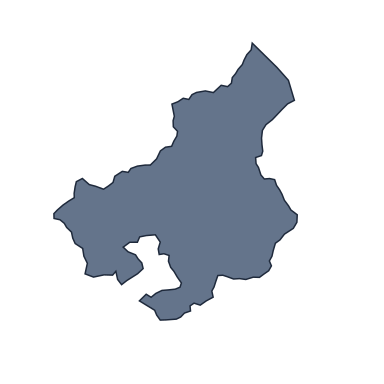 Araçariguama, São Paulo, Brazil, rotated 244°
{"feature_id": "56859067B60900165945810", "entity_name": "Araçariguama", "entity_type": "district", "adm_level": 2, "iso_a3": "BRA", "parent_name": "Brazil", "parent_adm1": "São Paulo", "projection": "mercator", "projection_center": [-47.076, -23.434], "detail": "fine", "context": "isolated", "style": "filled", "palette": "slate", "viewbox_px": 384, "rotation_deg": 244, "n_neighbors": 0, "source": "geoboundaries", "source_scale": "gbopen_adm2", "svg_char_len": 2074}
<svg xmlns="http://www.w3.org/2000/svg" viewBox="0 0 384 384"><g transform="rotate(244 192 192)"><path d="M233.1,58.4L228.7,56.4L224.9,61.2L219.8,63.5L215.1,63.8L208.8,66.1L202.8,64.6L196.9,64.4L189.2,69.0L181.7,66.7L173.8,66.7L165.3,60.0L158.7,66.2L156.1,76.6L152.1,84.2L154.1,88.8L146.0,86.8L139.6,88.1L141.0,94.7L142.4,107.3L144.6,114.5L150.3,115.8L155.6,114.2L160.3,113.7L166.3,108.3L172.6,106.0L174.1,114.0L170.8,120.9L174.6,125.3L172.9,131.8L169.6,140.3L160.9,141.5L155.7,136.7L150.2,135.1L148.8,139.7L145.0,143.6L140.1,140.5L133.6,139.8L128.5,141.0L121.9,141.5L114.9,142.6L111.7,139.5L112.0,134.4L114.3,128.0L116.7,121.9L116.7,115.0L115.3,109.1L120.2,106.0L117.2,97.0L102.1,106.6L96.8,106.3L90.8,107.3L88.4,112.7L84.6,122.2L84.6,127.1L86.5,132.1L85.7,138.5L90.5,140.3L91.2,145.1L86.7,149.8L87.9,157.2L88.2,164.9L94.3,166.4L96.9,170.1L101.2,174.2L105.6,178.6L103.7,183.2L100.4,186.6L95.6,191.2L93.3,196.8L89.8,202.0L88.6,209.7L85.7,215.2L86.7,220.5L87.6,226.4L90.8,231.0L96.1,231.3L99.2,235.7L103.7,239.3L109.4,244.5L110.4,250.1L113.6,256.6L114.9,267.1L118.8,273.0L125.4,276.6L132.5,273.0L137.2,272.7L144.1,271.4L150.5,271.9L155.6,271.7L160.9,270.9L166.9,271.7L170.1,267.6L172.0,262.7L177.1,261.4L184.9,262.5L189.4,262.0L195.1,264.3L194.3,270.4L197.7,273.5L203.8,275.6L209.9,278.1L216.5,282.3L220.1,288.0L221.8,295.9L224.6,303.4L226.7,309.0L229.3,316.5L229.5,324.2L250.1,327.6L266.6,323.0L299.4,311.4L293.8,307.5L291.4,301.5L287.8,296.7L284.5,293.1L282.0,287.2L279.3,283.1L277.2,278.4L272.5,275.1L271.1,270.2L275.1,265.0L273.7,260.4L272.0,254.8L277.0,248.3L279.5,239.7L279.5,234.7L276.6,229.7L280.1,225.2L279.3,219.0L279.8,212.5L274.2,211.0L267.8,209.3L264.4,206.3L258.8,203.8L252.9,205.6L248.9,202.9L245.6,197.9L242.0,193.7L243.9,187.8L242.8,181.6L237.3,174.7L234.5,166.4L236.8,161.5L239.2,154.3L239.9,147.4L237.6,143.3L241.1,138.4L240.0,129.5L235.2,125.2L234.0,119.4L233.3,113.7L239.5,107.8L243.7,102.9L252.2,99.4L252.0,92.6L248.0,89.3L242.5,85.5L238.5,83.7L237.9,77.2L236.8,70.3L234.9,63.3L233.1,58.4Z" fill="#64748b" stroke="#1e293b" stroke-width="1.5"/></g></svg>